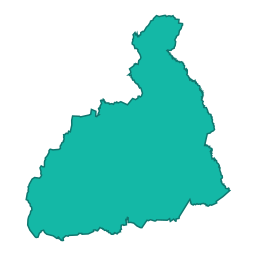 the district of Wang Nam Yen, Sa Kaeo, Thailand
{"feature_id": "78962969B24395616266318", "entity_name": "Wang Nam Yen", "entity_type": "district", "adm_level": 2, "iso_a3": "THA", "parent_name": "Thailand", "parent_adm1": "Sa Kaeo", "projection": "equal_earth", "projection_center": [102.114, 13.545], "detail": "fine", "context": "isolated", "style": "filled", "palette": "teal", "viewbox_px": 256, "rotation_deg": 0, "n_neighbors": 0, "source": "geoboundaries", "source_scale": "gbopen_adm2", "svg_char_len": 5806}
<svg xmlns="http://www.w3.org/2000/svg" viewBox="0 0 256 256"><path d="M27.3,193.2L26.2,199.6L28.0,200.4L28.6,202.5L30.0,203.7L30.3,206.0L31.6,207.2L31.9,210.0L30.7,211.2L30.3,213.6L28.6,216.9L28.0,219.5L27.7,225.0L29.9,230.1L35.3,237.0L36.2,237.5L38.0,237.2L39.4,233.2L41.1,231.9L41.2,230.9L43.6,230.2L44.6,232.4L46.7,234.2L53.2,235.8L56.8,238.4L57.7,238.3L57.8,237.4L58.4,237.0L59.0,237.5L58.7,238.2L59.0,238.7L60.9,239.5L61.0,240.3L62.4,240.6L63.4,240.4L63.1,238.1L65.9,235.7L68.2,236.2L68.9,235.4L77.3,235.0L78.7,234.0L78.8,233.4L81.8,233.4L82.0,234.2L88.2,233.9L93.6,231.4L93.5,230.1L95.5,229.9L96.2,230.7L97.4,230.3L97.7,230.7L100.0,227.5L101.3,228.3L102.1,228.2L102.7,229.1L103.3,228.9L104.4,230.3L106.4,230.3L107.0,231.3L108.1,231.0L108.0,231.7L108.9,232.7L110.0,232.7L111.3,234.2L113.1,234.3L114.2,233.1L114.6,233.4L114.9,232.7L117.1,233.9L117.8,232.9L118.9,232.5L120.0,230.9L120.4,231.3L120.4,229.7L121.4,229.2L121.0,227.9L121.3,225.3L123.2,224.6L123.7,225.3L126.4,224.8L126.2,221.5L125.7,220.2L125.8,219.8L126.3,220.3L126.6,220.0L127.4,217.4L128.2,217.8L128.1,222.5L130.9,222.4L133.8,223.1L136.9,225.9L140.3,227.6L141.9,227.7L147.0,220.2L148.2,220.7L150.5,219.7L154.7,221.0L155.7,220.9L156.6,219.9L167.3,220.2L169.6,218.7L170.3,221.4L173.7,219.1L175.4,221.1L176.0,221.1L176.2,218.9L179.0,218.4L179.3,216.5L189.9,199.4L190.7,201.8L190.5,202.9L191.1,203.1L191.4,204.1L193.2,205.0L194.1,204.1L195.5,204.7L197.0,203.7L198.0,204.3L200.1,204.0L200.5,204.4L201.5,203.7L203.8,203.4L204.4,204.0L205.5,203.9L206.1,205.4L206.8,205.0L207.2,205.9L208.3,206.1L210.1,204.8L211.6,205.2L216.7,202.9L216.2,201.4L222.9,196.6L229.8,190.5L228.9,190.0L229.0,188.6L228.6,188.1L227.5,188.7L225.7,188.3L225.3,187.6L225.4,186.5L224.3,185.4L223.6,185.4L223.7,184.1L222.6,184.3L221.9,183.2L221.6,181.6L221.1,181.6L221.3,180.7L220.8,179.2L222.0,178.3L222.4,177.3L222.1,175.6L221.0,174.8L220.9,173.2L219.7,169.9L220.0,167.9L219.6,167.1L219.1,167.5L218.7,167.0L219.3,165.5L218.3,163.8L216.9,162.7L216.5,160.6L215.1,160.4L215.4,159.7L215.1,159.3L214.4,160.2L214.1,158.3L213.5,158.9L213.0,158.4L212.1,158.9L211.5,156.2L211.9,155.6L211.3,155.1L211.4,153.7L211.7,153.4L211.0,153.2L211.4,152.6L210.3,151.7L210.5,151.2L210.9,151.6L211.2,150.7L211.7,151.3L212.1,150.5L212.1,149.5L211.5,149.5L211.7,148.5L209.2,147.5L209.6,146.4L208.3,146.4L207.0,145.2L206.5,145.7L205.8,144.8L205.6,145.5L204.6,145.5L207.3,133.7L210.2,133.0L211.4,131.7L213.4,130.8L214.5,129.5L213.9,127.0L214.2,126.1L213.5,125.3L213.6,123.7L213.0,123.6L212.2,121.3L212.5,119.9L211.7,118.4L212.0,118.1L212.0,117.0L211.3,116.9L210.9,114.5L208.8,113.9L208.1,112.1L207.6,112.1L207.6,110.5L206.3,107.6L204.0,107.5L203.7,107.0L204.4,105.8L203.6,105.5L202.7,103.7L202.7,102.5L203.2,101.5L201.5,99.9L202.2,98.8L201.7,98.1L202.4,97.3L201.8,96.8L202.9,96.1L202.7,95.1L203.1,94.9L202.5,94.0L203.1,93.0L202.0,92.7L202.5,91.5L201.8,91.7L201.6,90.5L200.8,90.9L200.4,90.4L200.6,89.4L199.9,89.9L199.5,88.6L200.1,87.3L199.5,85.8L197.9,85.4L197.6,84.0L196.5,83.7L196.3,82.5L195.6,83.0L195.0,80.5L194.3,81.2L193.6,80.8L193.1,81.5L192.3,81.1L191.8,81.7L192.3,80.3L192.0,79.9L190.6,79.0L190.5,80.0L189.9,80.2L189.4,78.4L190.0,77.6L189.4,78.0L188.7,77.5L188.6,76.4L186.8,74.6L187.3,73.2L187.2,72.0L186.8,71.2L187.3,71.0L187.2,69.9L186.4,68.9L185.8,70.1L185.1,68.9L184.3,68.9L184.5,65.6L183.5,65.0L183.6,63.8L182.5,63.1L182.7,62.4L181.1,61.7L179.7,62.4L179.1,61.5L177.9,61.5L177.1,60.5L176.3,61.1L176.0,60.0L175.5,59.9L175.7,59.0L174.4,59.3L174.5,58.3L173.7,58.3L173.1,57.4L172.4,58.4L172.0,56.8L172.2,56.0L171.1,55.7L170.7,54.4L169.6,54.5L169.9,53.1L168.7,52.7L168.1,51.1L167.7,51.4L166.9,50.5L167.8,50.0L168.0,50.5L171.1,50.3L172.1,49.1L174.2,48.2L174.4,46.6L175.1,45.9L175.7,41.6L175.0,40.5L174.9,39.6L176.3,37.3L176.3,36.4L178.6,34.7L179.4,30.7L181.1,28.7L181.9,25.8L182.6,25.1L182.5,23.6L178.6,23.1L179.0,19.5L175.2,19.1L175.0,17.9L173.7,17.0L173.0,15.7L171.0,16.6L170.8,16.1L168.9,15.8L166.3,16.6L165.6,15.4L164.6,15.4L159.1,16.6L156.5,15.6L153.5,18.6L153.0,20.1L150.6,21.1L150.2,22.5L148.3,25.5L146.4,27.2L144.4,30.7L143.6,31.6L142.7,31.4L140.8,32.6L140.6,34.9L139.2,35.2L138.9,36.3L138.1,35.7L138.0,36.7L137.6,36.7L137.0,33.4L136.5,34.8L135.9,35.0L135.0,32.5L133.0,34.9L133.6,35.7L133.4,38.5L132.7,39.3L132.9,40.7L132.2,42.5L132.2,44.0L134.1,45.4L134.9,48.5L136.5,48.4L138.0,49.7L137.8,51.0L140.1,54.6L140.9,57.4L140.4,59.0L138.8,60.5L138.1,64.4L135.8,63.6L135.7,64.3L134.4,64.0L133.8,65.8L129.5,68.9L130.6,71.1L130.8,72.8L128.5,74.8L129.3,74.7L129.9,75.6L131.2,75.2L131.2,77.6L132.4,78.2L132.3,79.1L132.9,80.2L134.0,80.1L134.9,82.2L136.5,83.8L137.7,84.0L137.9,84.9L138.8,85.5L138.7,86.3L139.6,88.0L140.4,87.6L141.0,88.3L142.5,93.2L141.4,96.2L140.2,97.0L139.3,96.1L138.1,96.3L137.9,98.1L135.6,99.6L132.6,98.5L127.5,104.8L120.8,101.7L118.1,102.9L116.8,102.0L116.5,102.6L114.6,102.5L113.5,104.3L111.8,103.6L109.4,104.1L108.9,103.0L105.2,102.9L104.8,102.4L105.1,102.0L104.5,101.8L104.6,101.2L103.6,100.4L104.0,99.9L103.2,99.2L102.7,100.7L101.2,100.1L100.6,100.6L101.6,103.6L100.2,105.9L100.2,108.1L99.6,108.5L99.3,107.7L98.5,108.6L99.4,111.0L98.1,114.1L99.2,114.7L97.5,115.6L96.8,116.6L95.7,116.3L95.9,111.3L91.4,109.4L90.7,114.2L89.2,115.0L80.5,116.9L79.4,116.3L72.6,116.0L71.7,120.3L71.8,125.0L70.3,131.8L68.6,131.2L67.9,133.6L66.2,133.2L65.2,134.4L63.7,134.7L64.0,135.6L63.7,136.1L64.1,136.6L63.7,137.6L64.0,138.1L64.0,139.6L63.4,140.8L63.6,141.6L61.8,142.9L61.1,145.1L60.5,145.3L60.2,146.5L60.4,148.5L58.9,149.4L52.9,149.9L50.2,149.2L49.6,149.8L48.9,151.0L49.2,152.1L47.3,155.7L45.2,158.1L45.6,159.5L44.9,160.2L44.5,161.8L44.4,166.7L43.0,166.9L41.2,165.9L40.0,167.9L41.0,171.4L40.8,173.9L41.6,175.0L40.8,176.8L39.5,178.2L34.6,177.5L32.1,179.1L29.2,184.4L29.0,185.8L28.1,186.8L28.5,188.6L28.1,190.2L28.4,191.4L27.3,193.2Z" fill="#14b8a6" stroke="#0f766e" stroke-width="1.5"/></svg>